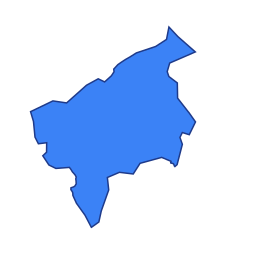 outline of Ix-Uul, Hövsgöl, Mongolia, rotated 249°
{"feature_id": "93677404B26219584096108", "entity_name": "Ix-Uul", "entity_type": "district", "adm_level": 2, "iso_a3": "MNG", "parent_name": "Mongolia", "parent_adm1": "Hövsgöl", "projection": "albers", "projection_center": [101.419, 49.506], "detail": "fine", "context": "isolated", "style": "filled", "palette": "blue", "viewbox_px": 256, "rotation_deg": 249, "n_neighbors": 0, "source": "geoboundaries", "source_scale": "gbopen_adm2", "svg_char_len": 1190}
<svg xmlns="http://www.w3.org/2000/svg" viewBox="0 0 256 256"><g transform="rotate(249 128 128)"><path d="M207.6,202.4L196.9,195.7L194.2,183.0L195.1,162.7L193.7,155.6L192.9,150.5L192.9,150.4L191.8,145.3L190.8,141.3L188.1,135.8L185.5,135.1L182.7,131.2L179.4,122.7L184.6,117.8L182.8,104.6L173.4,79.7L180.2,67.6L178.2,42.9L168.0,42.1L152.8,37.9L145.4,38.7L143.4,46.8L134.6,43.3L132.6,38.5L121.8,40.9L116.1,46.2L112.2,59.2L111.7,59.3L110.1,59.8L106.9,60.4L105.4,61.0L103.1,61.8L100.8,62.1L99.2,61.0L97.1,60.5L94.4,59.6L93.5,58.4L92.9,57.7L92.5,56.1L92.6,54.5L92.6,53.3L90.9,52.6L88.3,53.2L87.0,53.1L86.3,52.9L84.9,52.4L82.6,52.5L76.2,52.9L62.0,56.6L48.4,58.2L48.4,58.3L50.7,67.1L60.1,73.3L77.1,87.8L89.2,91.0L89.7,104.1L83.2,116.4L90.7,126.6L88.5,148.9L81.5,156.2L81.3,156.1L80.9,155.9L80.6,155.6L80.3,155.4L80.0,155.4L79.9,155.5L79.6,155.9L79.4,156.4L78.8,157.0L78.6,157.4L77.9,157.7L76.5,157.7L75.8,157.7L75.5,157.9L75.2,158.0L76.2,160.7L93.3,172.9L100.6,173.1L104.3,177.1L99.8,182.8L109.5,193.2L120.9,190.3L121.0,190.2L138.1,185.0L152.4,190.2L161.4,184.6L166.6,184.8L173.7,190.2L174.9,218.1L195.5,207.3L207.6,202.4L207.6,202.4Z" fill="#3b82f6" stroke="#1e3a8a" stroke-width="1.5"/></g></svg>